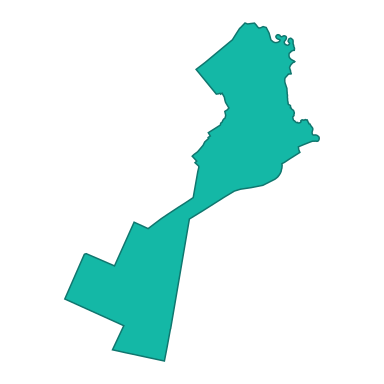 Smardioasa, Teleorman, Romania
{"feature_id": "2599482B66072076096331", "entity_name": "Smardioasa", "entity_type": "district", "adm_level": 2, "iso_a3": "ROU", "parent_name": "Romania", "parent_adm1": "Teleorman", "projection": "albers", "projection_center": [25.437, 43.807], "detail": "fine", "context": "isolated", "style": "filled", "palette": "teal", "viewbox_px": 384, "rotation_deg": 0, "n_neighbors": 0, "source": "geoboundaries", "source_scale": "gbopen_adm2", "svg_char_len": 5488}
<svg xmlns="http://www.w3.org/2000/svg" viewBox="0 0 384 384"><path d="M170.3,329.4L170.6,328.9L187.6,229.4L189.4,219.0L203.1,210.6L224.2,197.2L234.3,191.1L240.5,189.2L251.3,187.6L262.9,185.3L275.1,179.1L277.0,177.6L278.1,176.6L278.2,176.4L278.2,176.1L278.7,175.8L279.3,174.9L280.2,173.5L280.7,172.4L281.1,171.4L281.3,170.8L281.3,170.3L281.6,169.0L281.9,168.1L282.0,166.7L282.1,165.8L282.1,165.2L282.0,164.5L281.9,163.7L284.4,162.4L290.1,158.6L297.4,154.0L299.9,152.4L299.0,150.3L298.8,149.8L298.7,149.3L298.4,146.8L304.2,144.4L309.5,142.3L311.9,141.4L312.8,141.2L313.4,141.2L314.8,141.2L315.7,141.1L316.7,141.3L317.2,141.3L317.8,141.1L318.2,140.9L318.6,140.4L318.9,139.8L319.1,139.2L319.2,138.3L319.1,137.5L318.9,136.9L318.4,136.4L317.7,135.8L316.9,135.3L316.3,135.1L315.7,135.0L315.0,134.9L314.0,135.1L313.4,135.0L312.8,134.7L312.4,134.2L312.2,133.5L312.1,132.9L312.1,132.2L312.4,131.0L312.7,130.0L312.8,129.4L312.8,128.8L312.7,128.4L312.6,128.0L312.1,127.3L311.0,125.9L310.5,125.1L309.9,124.0L309.2,123.9L308.8,123.7L308.7,123.4L308.6,122.8L308.6,122.6L308.2,122.1L307.9,121.8L307.8,121.5L307.6,121.0L307.6,120.7L307.4,120.3L307.3,120.1L307.2,119.9L306.8,119.9L306.6,120.1L306.3,120.1L306.2,120.0L305.7,119.6L305.4,119.6L305.1,119.6L304.8,119.8L304.6,120.0L304.4,120.0L303.9,120.3L303.7,120.3L303.5,120.1L303.4,120.0L303.0,120.1L302.9,120.0L302.6,119.9L302.3,119.8L302.2,119.8L301.9,119.9L301.7,120.0L301.3,120.4L301.3,120.5L301.1,120.5L300.9,120.7L300.9,120.9L300.8,121.0L300.9,121.4L300.9,121.7L300.8,122.0L300.7,122.2L300.5,122.4L300.3,122.5L300.0,122.6L299.4,122.9L299.1,123.0L298.5,123.0L298.2,123.0L298.0,122.9L297.9,122.7L297.7,122.4L297.3,122.5L297.1,122.6L296.8,122.6L296.6,122.6L296.3,122.4L295.8,122.1L295.4,121.8L295.1,121.4L294.6,120.9L293.9,120.5L293.6,120.3L293.4,120.0L293.3,119.8L293.2,119.2L293.1,118.9L292.9,118.3L292.8,118.1L292.8,117.9L292.8,117.6L292.9,117.2L292.9,116.8L293.0,116.6L293.6,116.1L293.8,115.8L293.9,115.6L294.0,115.4L293.9,114.7L294.0,114.3L294.3,113.3L294.3,112.8L294.2,112.4L294.0,111.8L293.6,110.7L293.5,110.4L293.2,110.2L292.5,109.7L291.9,109.3L291.6,108.9L291.4,108.7L291.3,108.2L291.2,108.0L290.9,107.9L290.6,107.9L290.4,107.8L290.4,107.6L290.4,107.2L290.5,106.8L290.6,106.3L290.5,105.8L290.4,105.6L290.2,105.4L289.8,105.1L289.4,104.9L289.0,104.8L288.7,104.6L288.4,104.2L288.1,103.9L288.1,103.0L288.0,102.1L287.7,100.9L287.6,100.1L287.6,98.6L287.4,97.4L287.4,96.8L287.5,95.7L287.4,94.6L287.1,93.4L287.2,92.8L287.1,92.1L287.0,90.5L286.9,88.4L286.5,87.2L286.3,86.7L285.8,85.1L285.5,84.3L285.2,83.4L284.9,82.2L284.8,81.6L284.8,80.3L284.8,79.2L284.8,78.8L284.9,78.5L285.0,78.2L285.4,77.7L286.2,76.6L287.2,75.6L287.6,75.1L287.9,74.6L288.0,74.4L288.3,74.1L288.7,74.3L289.3,73.9L290.3,74.0L290.9,73.9L291.1,73.9L291.2,73.7L290.9,72.7L290.6,72.0L290.6,71.2L290.5,70.7L290.4,70.2L290.2,69.8L289.9,69.2L289.9,68.9L289.7,68.4L289.6,68.0L289.6,67.5L289.7,67.1L289.9,66.6L290.3,65.8L290.4,65.6L290.6,65.3L290.8,64.9L291.1,64.5L291.7,63.9L292.1,63.5L292.3,63.2L292.5,62.9L293.3,62.5L294.0,62.2L294.4,62.1L294.5,62.0L294.6,61.8L294.8,61.6L294.0,61.0L293.8,60.7L293.3,60.6L292.8,60.4L292.4,60.1L291.7,59.7L290.8,59.1L290.3,58.5L289.8,58.0L289.5,57.6L289.3,57.2L289.1,56.5L289.0,55.6L289.0,54.7L289.1,53.8L289.3,53.2L290.7,52.1L290.8,51.7L291.0,51.6L291.3,51.3L291.8,51.0L293.4,50.4L293.6,50.2L294.3,50.3L294.4,49.8L294.4,49.4L294.5,48.6L294.5,48.3L294.4,47.9L294.1,47.2L293.8,46.5L293.7,46.2L293.7,45.7L293.7,45.3L293.3,44.3L293.1,43.7L293.1,42.9L293.1,41.2L293.0,40.4L292.9,40.0L292.6,39.6L291.4,38.6L291.0,38.3L290.7,38.2L290.4,38.2L290.1,38.3L289.5,38.6L289.1,38.8L288.9,39.0L288.7,39.2L288.6,39.5L288.6,39.9L288.3,40.3L288.2,40.8L288.1,41.2L288.3,41.6L289.0,42.6L289.5,43.0L289.6,43.5L289.4,44.0L289.1,44.3L288.7,44.8L288.3,45.1L287.8,45.2L287.4,45.3L287.0,45.2L286.4,44.9L285.8,44.7L285.4,44.4L285.0,44.1L284.5,43.3L284.3,42.6L284.2,42.2L284.3,41.8L284.5,41.3L285.4,40.2L285.9,39.5L286.2,38.9L286.4,38.0L286.4,37.4L286.3,37.0L286.1,36.7L285.9,36.4L285.3,36.1L284.9,35.9L284.6,35.8L284.2,35.8L283.4,35.9L283.2,36.0L282.8,36.3L282.3,36.5L281.8,36.7L281.2,36.7L280.8,36.5L280.5,36.4L280.3,36.1L280.1,35.7L279.8,35.3L279.2,35.0L278.7,34.8L278.2,34.7L277.8,34.7L277.4,34.8L276.9,35.1L276.6,35.3L276.2,35.8L276.0,36.2L275.9,36.5L275.9,36.9L276.0,37.2L276.3,37.7L276.8,38.4L278.0,39.1L278.9,39.4L279.4,39.6L279.7,39.7L279.9,39.8L280.0,40.1L280.0,40.4L279.9,40.7L279.6,41.2L279.0,41.7L278.2,42.1L277.4,42.4L276.8,42.5L276.0,42.6L275.4,42.6L275.1,42.6L273.4,42.0L270.9,39.9L270.3,37.5L269.1,33.1L266.2,27.5L263.1,26.6L260.6,27.8L258.8,28.0L257.5,26.8L256.4,25.2L254.5,23.1L252.0,23.4L251.0,23.5L247.6,24.0L246.3,23.5L245.0,23.0L240.4,27.8L239.7,28.3L236.1,33.9L232.4,39.8L205.1,62.5L196.1,69.4L216.3,94.1L218.5,93.8L220.1,93.3L220.7,94.2L222.1,93.2L224.3,97.1L225.0,100.5L225.1,100.8L225.6,102.5L228.9,108.0L227.2,109.9L224.8,111.4L225.7,115.3L225.1,118.0L224.0,118.8L222.9,120.2L222.2,122.0L220.7,123.2L220.4,125.0L217.6,126.8L208.3,132.7L210.3,136.0L208.1,137.5L208.6,138.4L204.7,142.0L203.1,145.3L197.6,151.8L194.0,154.5L192.2,156.2L196.7,161.1L195.0,162.7L198.5,165.9L198.9,167.0L197.8,171.6L193.2,197.6L184.2,203.6L179.1,206.8L167.7,214.3L161.2,218.7L148.1,228.6L134.1,222.2L133.9,222.7L114.5,265.9L86.3,253.7L85.0,254.0L84.3,254.4L65.1,298.3L64.8,299.0L122.7,325.2L123.8,325.7L112.5,349.8L118.0,351.0L125.1,352.6L132.3,354.1L146.6,357.2L154.1,358.8L164.4,361.0L167.2,346.6L170.2,330.2L170.3,329.4Z" fill="#14b8a6" stroke="#0f766e" stroke-width="1.5"/></svg>